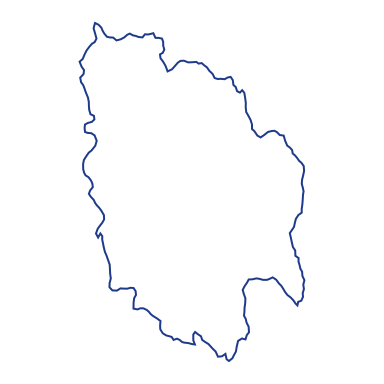 the district of Pitangui, Minas Gerais, Brazil
{"feature_id": "56859067B91667703036850", "entity_name": "Pitangui", "entity_type": "district", "adm_level": 2, "iso_a3": "BRA", "parent_name": "Brazil", "parent_adm1": "Minas Gerais", "projection": "equal_earth", "projection_center": [-44.886, -19.589], "detail": "fine", "context": "isolated", "style": "outline", "palette": "blue", "viewbox_px": 384, "rotation_deg": 0, "n_neighbors": 0, "source": "geoboundaries", "source_scale": "gbopen_adm2", "svg_char_len": 3489}
<svg xmlns="http://www.w3.org/2000/svg" viewBox="0 0 384 384"><path d="M228.9,361.0L232.4,358.3L233.9,355.2L235.9,351.6L236.8,346.3L238.1,340.9L242.0,338.5L245.5,339.4L246.8,335.1L249.0,332.3L248.6,326.6L246.6,322.7L245.7,318.8L244.0,315.7L244.4,312.1L244.6,307.4L245.2,303.3L245.4,298.3L243.9,294.2L242.7,289.9L244.6,286.2L247.0,282.7L248.7,279.5L252.5,279.3L256.3,278.4L259.2,278.8L263.2,279.9L266.9,279.9L269.5,278.9L272.7,277.4L276.2,279.7L278.9,283.4L281.2,285.7L283.3,288.9L285.1,292.0L287.3,294.9L290.8,297.6L293.7,300.7L295.4,303.4L297.4,305.4L298.2,301.9L301.3,300.7L303.0,296.8L302.7,293.2L303.9,289.1L303.3,284.6L304.4,280.2L302.4,275.9L302.1,271.7L300.4,268.8L299.6,265.2L298.5,261.6L298.6,258.1L295.4,255.8L295.2,250.5L292.9,247.0L291.8,242.2L290.8,237.5L289.8,233.1L292.3,229.5L294.0,226.9L294.9,222.7L295.9,218.8L298.4,215.0L301.7,212.7L301.7,208.7L302.3,204.9L302.7,200.0L303.0,194.8L303.6,191.4L302.8,187.7L301.8,183.9L302.0,180.1L303.1,175.6L304.1,170.9L303.7,166.0L301.5,162.9L299.0,160.7L297.3,158.2L295.1,155.5L292.7,153.5L292.1,150.0L289.8,147.5L287.2,145.6L285.1,140.6L283.7,135.6L279.7,135.0L276.8,132.0L274.4,130.8L271.7,131.0L267.9,132.0L264.2,135.0L260.6,137.4L257.4,135.6L254.4,131.2L252.0,129.0L252.0,124.5L250.6,120.0L248.9,116.7L246.2,112.0L245.7,107.3L245.8,102.8L245.1,97.5L244.3,92.8L242.2,90.2L239.9,92.6L237.1,91.2L235.7,87.0L233.4,84.9L232.8,80.1L230.6,76.9L227.7,77.5L224.7,79.2L220.8,78.8L217.7,79.0L214.6,78.0L212.6,73.9L209.4,70.9L206.8,67.2L204.4,65.5L201.7,63.1L198.6,63.6L196.3,61.9L192.7,62.2L188.3,62.4L183.9,60.7L180.4,60.9L177.8,62.7L175.2,65.7L172.0,69.3L167.6,71.4L165.6,66.0L163.2,61.8L160.5,58.2L160.0,54.4L162.7,52.9L164.3,49.7L163.2,45.6L163.2,41.9L162.0,38.6L158.7,37.9L155.5,37.9L153.3,33.2L150.7,33.9L147.9,34.5L144.9,34.3L142.5,37.4L138.6,37.0L135.7,35.9L133.0,35.4L129.8,33.6L127.2,34.8L124.1,37.5L120.7,39.3L116.5,40.4L113.2,37.6L109.8,37.4L107.0,36.8L104.3,33.6L102.6,30.7L101.3,27.6L98.5,24.7L95.0,23.0L93.6,28.3L95.2,33.8L96.5,38.6L94.6,42.2L92.0,43.7L89.3,46.8L86.5,50.6L84.6,54.4L82.7,59.0L79.6,61.7L81.6,66.7L84.0,70.1L83.6,74.0L80.2,77.7L81.1,82.3L83.1,85.0L84.3,87.9L85.4,91.2L86.6,94.3L88.0,97.7L88.8,101.9L88.9,105.8L89.2,109.9L90.5,114.2L93.9,115.8L94.4,119.4L91.8,121.9L88.0,122.9L85.0,124.5L84.6,127.8L85.0,131.9L87.5,132.9L91.3,133.2L94.6,135.4L96.7,140.8L95.3,145.7L93.5,148.0L91.4,150.6L88.8,152.6L86.5,155.9L83.9,160.0L83.1,164.0L83.2,169.2L84.1,172.7L85.6,175.4L88.5,177.2L91.0,180.5L92.4,183.7L92.8,187.2L90.1,190.5L88.9,193.9L90.7,196.6L93.8,200.0L95.2,203.1L97.1,205.6L99.1,207.7L101.2,210.5L103.9,215.1L104.1,219.4L102.3,222.7L100.0,225.6L97.7,228.8L96.0,233.5L98.1,237.5L100.4,233.5L102.3,236.2L102.2,239.7L103.0,243.3L103.6,246.5L104.9,251.8L106.7,256.0L108.1,260.1L109.7,264.7L110.0,270.6L110.2,274.1L110.8,278.4L109.6,283.1L109.5,287.3L112.4,290.4L116.9,290.6L120.5,288.4L123.6,288.6L127.1,288.7L130.5,287.8L133.5,288.0L135.6,291.1L136.0,294.9L134.2,298.1L133.6,302.5L133.5,308.6L137.5,309.4L140.3,308.3L143.3,308.3L146.7,309.9L148.8,311.7L150.7,314.1L152.9,315.9L156.8,318.3L160.5,321.0L160.1,325.6L160.3,329.3L162.7,333.2L165.9,335.3L168.4,336.0L171.6,336.9L173.6,339.9L177.0,338.7L179.6,339.9L182.2,342.1L184.8,342.7L188.0,343.0L192.2,344.1L194.9,344.5L193.3,340.3L193.3,334.5L195.1,332.0L197.9,334.2L201.0,336.3L202.2,339.9L205.0,341.9L208.4,344.0L210.8,346.6L212.8,348.8L215.6,351.5L218.0,356.7L222.0,356.3L225.4,353.9L226.6,359.2L228.9,361.0Z" fill="none" stroke="#1e3a8a" stroke-width="2"/></svg>